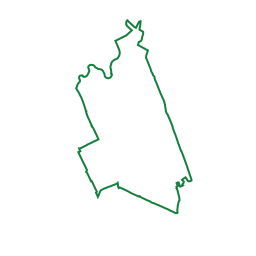 outline of Plesoiu, Olt, Romania, rotated 245°
{"feature_id": "2599482B90563083488739", "entity_name": "Plesoiu", "entity_type": "district", "adm_level": 2, "iso_a3": "ROU", "parent_name": "Romania", "parent_adm1": "Olt", "projection": "equal_earth", "projection_center": [24.24, 44.477], "detail": "fine", "context": "isolated", "style": "outline", "palette": "green", "viewbox_px": 256, "rotation_deg": 245, "n_neighbors": 0, "source": "geoboundaries", "source_scale": "gbopen_adm2", "svg_char_len": 5670}
<svg xmlns="http://www.w3.org/2000/svg" viewBox="0 0 256 256"><g transform="rotate(245 128 128)"><path d="M225.9,173.0L225.9,172.8L225.8,172.5L225.6,172.2L225.4,172.0L225.2,171.8L225.1,171.6L224.1,170.8L223.4,170.6L222.9,170.2L222.7,170.1L222.3,170.1L222.0,170.2L221.6,170.3L221.1,170.2L220.8,170.3L214.9,172.8L212.6,165.5L212.3,153.4L206.9,153.3L203.6,153.1L202.1,153.0L200.3,152.5L198.8,151.9L197.9,151.1L196.8,150.0L195.4,147.6L195.5,145.4L195.5,144.1L195.0,142.1L194.3,141.0L193.6,140.0L192.9,139.8L191.9,138.6L190.3,137.7L189.3,137.4L188.4,137.3L185.6,136.5L184.8,135.8L184.3,135.6L184.0,135.8L183.8,136.0L183.5,136.0L183.2,136.0L182.6,135.5L181.8,134.5L181.3,133.7L181.2,132.9L181.2,131.6L181.4,131.1L181.8,130.5L183.0,129.4L183.8,129.1L184.7,128.9L185.3,129.0L185.8,129.2L187.3,129.5L189.9,129.4L191.6,129.1L192.2,128.5L192.9,127.7L193.4,127.1L193.7,126.7L194.1,126.1L194.5,125.6L195.3,125.2L196.5,124.2L197.3,123.9L198.0,123.9L198.7,123.6L199.7,123.0L200.4,122.0L200.9,121.1L201.2,120.4L201.0,119.3L200.4,118.0L199.5,117.4L198.3,117.5L198.1,117.5L197.2,117.1L196.6,117.2L196.4,117.2L196.1,117.1L195.9,117.0L195.7,116.8L195.5,116.5L193.6,114.3L192.8,112.9L192.6,112.6L192.5,111.2L192.7,110.4L193.0,109.5L193.3,109.2L193.8,109.0L194.3,109.0L194.8,109.0L195.0,108.8L195.1,108.5L195.3,108.0L195.5,107.2L195.6,106.8L195.6,106.4L195.4,105.9L195.1,105.6L194.3,104.9L193.6,104.7L193.1,104.7L192.7,104.6L192.3,104.6L192.0,104.7L191.3,104.5L190.8,104.3L190.3,103.8L190.0,103.2L189.8,102.6L189.7,102.2L188.8,100.7L188.2,100.0L187.8,99.9L187.2,99.4L186.7,98.8L186.2,98.1L186.0,97.8L185.5,97.9L184.9,97.9L180.4,98.4L178.0,98.4L175.6,98.5L174.7,98.5L170.5,98.3L169.6,98.1L165.4,97.7L162.9,97.3L161.5,97.2L161.0,97.3L161.0,97.0L160.9,96.9L157.8,96.5L157.8,96.4L156.4,96.3L155.5,96.3L154.7,96.2L153.9,96.2L151.9,96.3L151.7,96.3L151.0,96.3L149.7,96.2L149.4,96.1L148.8,96.2L145.6,96.2L145.6,95.9L145.1,95.9L144.3,96.0L143.9,96.1L143.5,96.2L143.2,96.4L142.7,96.4L139.6,96.5L136.1,96.5L135.4,96.5L132.3,96.5L130.3,96.5L130.2,95.8L130.1,94.2L130.2,93.5L130.2,91.8L130.1,89.8L130.1,88.9L130.1,87.7L130.1,87.1L130.1,86.8L130.1,85.8L130.1,83.7L130.0,83.4L129.9,83.3L129.9,82.5L129.9,81.3L129.9,81.2L129.8,80.4L129.8,79.7L129.7,77.3L129.8,76.4L129.8,75.3L129.9,75.2L130.0,75.1L129.5,75.0L129.3,74.9L127.1,75.0L127.1,74.8L127.0,74.1L127.1,73.1L127.1,72.8L122.9,72.8L114.7,72.9L114.3,72.9L114.2,73.0L112.1,73.0L110.9,73.0L108.8,73.0L108.0,73.0L107.8,73.1L107.4,73.1L107.1,73.0L106.4,72.1L106.2,71.9L106.0,71.5L105.9,71.5L105.6,71.5L104.7,72.0L95.4,72.0L95.4,72.7L83.5,72.8L83.4,72.6L83.0,72.4L82.9,72.2L82.8,71.9L82.8,71.7L78.3,71.6L79.3,72.8L80.4,73.9L81.1,74.7L82.4,76.1L82.8,76.6L83.0,77.3L83.1,78.0L83.1,78.9L83.1,79.7L83.2,80.0L83.1,81.6L83.0,82.9L82.9,84.1L82.8,86.1L82.6,87.6L82.4,91.3L82.4,91.5L82.3,93.1L82.3,93.5L82.3,94.2L82.3,94.7L82.4,95.0L82.6,95.4L81.7,95.2L81.0,95.0L79.9,94.6L79.0,94.2L78.6,94.2L78.8,94.4L77.6,94.7L77.4,94.7L77.4,94.8L77.3,95.0L77.4,95.5L76.0,96.8L75.4,97.3L75.0,97.7L72.7,99.6L70.4,101.4L68.9,102.5L67.8,103.2L61.2,108.9L60.9,109.4L61.4,109.5L61.3,109.8L60.5,109.8L60.3,110.0L59.2,110.9L58.3,111.5L57.6,112.2L56.4,113.2L54.7,114.6L53.4,115.8L52.9,116.3L52.7,116.5L51.5,117.4L50.2,118.1L49.3,119.2L47.9,120.5L46.0,122.2L45.1,123.1L43.4,124.5L42.5,125.4L42.4,125.5L41.9,125.9L40.3,127.2L37.3,129.9L35.4,131.3L32.9,133.5L32.6,133.8L32.4,134.0L32.1,134.2L31.9,134.3L31.7,134.4L30.8,135.0L30.7,135.4L30.6,135.7L30.4,136.1L30.1,136.6L30.1,136.9L30.5,137.2L30.9,137.2L31.3,137.5L31.8,137.6L32.4,137.8L32.7,137.9L34.5,139.1L36.6,140.3L39.6,142.7L40.2,143.4L40.6,144.1L41.5,144.5L41.8,144.5L42.2,144.7L42.7,144.8L43.3,145.1L47.6,145.9L48.7,146.2L49.0,146.1L50.5,146.6L52.8,146.5L52.9,146.9L54.2,147.0L54.4,148.7L56.6,148.6L57.6,148.8L57.6,150.0L57.2,150.9L54.9,150.7L53.0,150.4L52.7,150.9L52.7,153.7L53.9,153.4L54.4,154.3L54.9,155.3L55.0,155.5L55.6,155.9L56.5,155.6L58.2,155.1L58.3,155.6L58.4,156.0L58.6,157.0L58.8,158.3L59.0,159.3L56.0,159.8L55.0,160.0L54.4,160.1L54.1,160.3L53.9,160.6L53.5,162.2L53.5,162.9L53.6,163.3L54.0,163.6L54.6,163.8L55.3,163.8L56.0,163.9L56.9,164.0L60.0,164.3L61.3,164.5L63.7,164.7L69.0,165.4L72.9,165.7L77.5,166.1L81.9,166.5L84.6,166.6L84.7,166.4L84.9,166.4L85.9,166.4L87.8,166.7L88.3,166.7L90.0,166.9L91.2,167.0L91.9,167.0L94.2,167.2L95.2,167.4L96.7,167.5L99.2,167.8L100.7,168.0L105.5,168.3L108.8,168.6L110.1,168.8L110.3,169.0L111.4,169.1L113.5,169.2L113.8,169.2L116.3,169.4L117.8,169.4L118.4,169.4L123.2,169.6L123.4,169.6L123.5,169.5L123.9,169.5L124.3,169.4L124.9,169.2L125.2,169.2L126.1,169.4L126.6,169.4L127.0,169.4L127.3,169.5L128.4,169.8L128.6,169.9L132.1,170.9L133.1,171.2L133.3,171.4L135.0,171.6L135.3,171.7L135.6,171.8L137.9,172.0L139.2,172.1L140.0,172.0L141.2,172.1L142.8,172.1L145.3,172.1L156.4,172.8L158.1,172.8L160.4,172.9L161.3,173.0L161.8,173.1L162.8,173.6L163.1,173.6L163.7,173.6L165.0,173.1L165.5,173.0L165.8,173.0L166.1,173.0L166.5,173.3L167.0,173.3L167.6,173.2L168.1,173.1L168.9,173.0L169.9,173.1L170.5,173.2L171.5,173.3L172.1,173.4L172.8,173.5L174.8,173.6L175.4,173.6L175.9,173.6L178.3,173.8L184.2,174.1L186.1,175.3L186.5,175.7L188.2,177.3L189.9,178.8L199.0,172.1L199.5,172.6L199.8,172.8L200.6,173.5L200.8,173.6L201.4,174.2L201.4,174.4L201.4,175.1L201.3,175.7L201.3,176.1L201.4,176.3L201.7,176.9L201.8,177.1L202.2,177.6L202.5,178.0L203.6,178.7L205.3,180.1L206.1,180.8L207.1,181.7L207.5,181.9L207.8,182.0L208.1,182.0L208.8,182.2L208.9,182.3L211.6,180.4L212.1,180.0L213.0,180.4L213.6,180.7L214.3,181.3L214.6,181.6L215.4,182.2L217.5,183.4L219.0,184.3L219.5,184.5L219.6,182.9L215.9,178.1L215.4,177.5L217.1,176.4L225.3,173.1L225.5,173.1L225.8,173.1L225.9,173.0Z" fill="none" stroke="#15803d" stroke-width="2"/></g></svg>